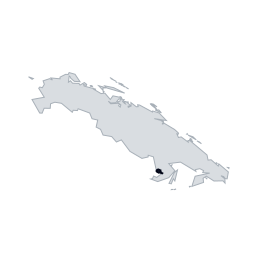 Russia, with Yevrey highlighted, rotated 32°
{"feature_id": "RUS-2613", "entity_name": "Yevrey", "entity_type": "Autonomous Region", "adm_level": 1, "iso_a3": "RUS", "parent_name": "Russia", "parent_adm1": "", "projection": "robinson", "projection_center": [132.69, 48.574], "detail": "fine", "context": "in_parent", "style": "filled", "palette": "ink", "viewbox_px": 256, "rotation_deg": 32, "n_neighbors": 0, "source": "natural_earth", "source_scale": "10m", "svg_char_len": 4742}
<svg xmlns="http://www.w3.org/2000/svg" viewBox="0 0 256 256"><g transform="rotate(32 128 128)"><path d="M181.6,157.7L174.3,159.2L175.6,158.0L175.2,155.2L178.5,154.7L180.8,148.8L175.3,149.8L164.8,139.0L159.6,140.4L160.4,141.9L155.9,146.4L142.1,146.8L128.7,141.6L125.6,146.0L118.7,143.9L110.6,147.2L105.5,143.7L100.5,144.1L98.1,137.3L92.6,139.2L87.6,135.6L75.5,138.1L75.9,140.0L72.1,142.0L72.4,144.2L58.5,142.3L52.3,144.9L49.5,148.5L51.6,152.5L46.4,155.7L47.3,160.9L45.2,162.1L31.5,154.7L40.7,146.3L31.2,141.6L31.5,140.0L34.0,139.2L33.9,135.3L31.0,133.0L35.4,127.7L38.5,127.4L36.1,126.4L44.3,122.3L43.4,120.9L46.6,115.6L48.9,114.3L48.7,112.2L54.6,110.5L62.8,114.2L57.7,116.9L53.0,116.1L51.8,115.2L50.6,115.1L53.2,120.7L54.2,118.4L57.2,119.4L62.8,116.2L64.6,117.0L66.9,112.6L69.9,112.9L70.1,114.0L67.3,114.7L68.6,115.7L80.3,112.1L78.8,113.3L86.9,113.1L89.9,110.7L97.9,113.2L98.2,108.7L105.8,105.9L107.1,106.2L104.8,108.2L104.3,112.9L100.2,115.9L97.1,115.7L100.5,116.6L106.5,112.3L108.3,112.1L108.2,114.1L110.3,114.4L109.7,112.2L105.1,111.7L107.0,109.5L106.3,108.2L109.6,106.0L109.3,108.4L112.1,109.0L113.0,108.9L110.2,107.4L113.6,106.7L118.5,107.7L116.5,109.5L117.3,110.3L119.0,107.8L117.0,104.9L123.8,105.6L125.3,104.5L123.9,103.2L125.7,102.4L140.3,101.5L139.9,100.5L146.4,98.8L156.6,101.3L145.3,106.1L151.8,104.2L155.0,104.3L154.8,106.0L154.9,106.3L155.4,106.3L156.1,104.8L168.4,104.6L173.6,105.6L173.8,107.2L172.0,106.7L175.8,109.3L177.8,107.4L186.6,108.1L185.5,106.8L187.4,105.9L209.3,109.0L212.9,112.8L215.3,110.9L224.7,112.4L224.0,110.3L236.4,112.1L239.0,118.6L237.3,119.4L234.9,118.5L232.1,119.2L237.1,119.8L239.5,123.3L236.5,122.5L229.0,127.4L220.0,127.3L218.3,130.8L220.9,134.1L213.1,143.7L210.5,133.3L221.2,123.0L215.0,126.2L214.7,124.1L210.5,124.4L207.2,127.6L208.6,128.8L190.6,129.1L181.4,136.6L190.4,139.4L188.9,148.5L181.6,157.7ZM106.7,100.2L88.7,105.3L85.9,104.6L94.4,101.4L106.7,100.2ZM192.2,137.4L195.8,148.1L193.3,147.0L194.3,152.4L192.1,153.2L190.9,141.3L192.2,137.4ZM80.7,107.7L88.4,105.4L85.5,107.4L86.9,109.3L80.7,107.7ZM182.7,102.2L187.7,101.0L192.2,101.9L182.7,102.2ZM138.0,95.4L142.6,97.0L135.6,96.2L138.0,95.4ZM136.9,94.3L141.4,94.7L134.6,95.1L136.9,94.3ZM144.6,96.4L148.3,97.5L141.4,98.3L144.6,96.4ZM193.2,102.4L195.8,102.0L198.6,102.4L193.2,102.4ZM16.5,137.3L21.5,136.2L20.9,137.5L16.5,137.3ZM90.2,94.9L93.2,94.7L87.3,95.2L90.2,94.9ZM187.6,104.4L190.5,105.4L186.0,105.1L187.6,104.4ZM76.1,111.8L73.9,112.5L73.5,112.0L74.9,111.2L76.1,111.8ZM95.8,94.6L98.5,94.4L99.6,94.6L95.8,94.6ZM104.3,94.6L102.6,95.0L100.9,94.9L101.7,94.6L104.3,94.6ZM106.7,94.7L104.6,94.6L107.8,94.5L106.7,94.7ZM88.3,109.7L88.3,110.9L87.4,110.0L88.3,109.7ZM136.7,95.7L134.8,96.0L133.8,95.5L136.7,95.7ZM97.9,94.0L101.2,93.9L99.7,94.2L97.9,94.0ZM235.0,108.9L233.3,108.7L234.6,108.0L235.0,108.9ZM88.1,94.7L89.9,94.8L85.9,94.8L88.1,94.7ZM106.2,105.5L104.1,105.6L106.2,105.4L106.2,105.5ZM154.1,103.3L154.8,104.0L153.4,103.6L154.1,103.3ZM222.8,110.7L221.6,111.0L220.8,110.7L222.8,110.7ZM99.7,95.2L98.4,95.0L100.6,95.1L99.7,95.2ZM100.3,94.2L100.9,94.6L99.3,94.4L100.3,94.2ZM201.0,154.2L200.7,155.0L199.6,156.0L201.0,154.2ZM97.2,95.1L97.9,95.4L96.6,95.4L97.2,95.1ZM113.5,106.6L111.9,106.9L111.6,106.8L113.5,106.6ZM221.7,129.3L220.5,129.1L221.5,128.7L221.7,129.3ZM187.4,103.8L186.8,104.3L186.4,103.9L187.4,103.8ZM184.8,135.9L185.0,136.9L184.3,136.7L184.8,135.9ZM212.2,144.1L211.4,145.4L211.0,145.0L212.2,144.1ZM94.9,95.2L93.5,95.3L93.1,95.2L94.9,95.2ZM115.0,105.6L114.3,106.1L114.1,106.0L115.0,105.6ZM181.8,101.8L181.0,102.1L181.2,101.4L181.8,101.8ZM197.4,157.1L199.1,156.0L197.4,157.3L197.4,157.1Z" fill="#d9dde1" stroke="#a8b0b8" stroke-width="1"/><path d="M174.8,148.4L174.8,148.2L174.7,148.2L174.8,147.8L174.8,147.7L175.1,147.4L175.2,147.5L175.3,147.5L175.3,147.4L175.4,147.2L175.5,147.1L175.6,146.9L175.8,146.9L176.0,147.0L176.1,146.9L176.5,146.8L176.8,146.9L176.8,147.0L176.8,146.9L176.8,146.7L177.0,146.5L177.3,146.6L177.4,146.8L177.5,146.9L177.8,146.8L178.0,146.7L178.0,146.8L178.0,147.0L178.1,146.9L178.2,147.0L178.3,147.0L178.5,147.1L178.7,147.4L178.8,147.7L179.5,147.8L179.5,148.0L179.8,148.1L180.0,148.1L180.2,147.9L180.3,147.9L180.5,148.0L180.8,148.1L181.0,148.2L181.3,148.1L181.3,148.3L181.2,148.4L181.2,148.5L180.9,148.6L180.7,148.5L180.4,148.6L180.1,148.6L179.9,148.7L179.7,148.8L179.4,148.8L179.2,148.9L179.2,149.0L178.9,149.1L178.7,149.1L178.4,149.1L178.2,149.2L178.1,149.3L177.9,149.4L177.8,149.5L177.7,149.6L177.7,149.8L177.4,149.8L177.2,149.8L176.9,149.8L176.7,149.9L176.4,149.8L176.2,149.9L175.9,149.8L175.6,149.8L175.4,149.9L175.2,149.8L175.2,149.7L175.1,149.4L174.8,149.2L174.9,148.9L175.0,148.9L175.1,148.7L174.9,148.5L174.9,148.4L175.0,148.4L174.9,148.3L174.8,148.4Z" fill="#0f172a" stroke="#020617" stroke-width="1.5"/></g></svg>